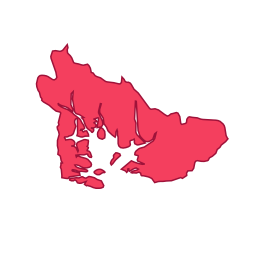 Rogaland, orthographic projection, rotated 284°
{"feature_id": "NOR-914", "entity_name": "Rogaland", "entity_type": "County", "adm_level": 1, "iso_a3": "NOR", "parent_name": "Norway", "parent_adm1": "", "projection": "orthographic", "projection_center": [5.997, 59.066], "detail": "fine", "context": "isolated", "style": "filled", "palette": "rose", "viewbox_px": 256, "rotation_deg": 284, "n_neighbors": 0, "source": "natural_earth", "source_scale": "10m", "svg_char_len": 5724}
<svg xmlns="http://www.w3.org/2000/svg" viewBox="0 0 256 256"><g transform="rotate(284 128 128)"><path d="M141.7,227.6L138.4,226.0L134.0,222.6L131.8,222.0L130.7,221.3L128.8,219.8L124.7,219.3L121.0,216.7L118.8,214.3L116.1,213.6L115.5,213.0L114.0,209.9L113.4,207.1L113.1,203.2L112.5,202.0L110.8,201.2L104.8,201.5L102.1,200.5L100.9,196.5L98.5,195.7L96.1,196.5L92.3,193.0L92.7,191.2L87.4,183.0L85.9,178.1L84.6,174.7L84.0,172.2L83.3,170.2L81.5,167.1L84.7,163.4L85.2,161.5L85.5,159.5L85.4,154.7L85.0,152.8L85.5,152.0L87.2,151.2L87.7,149.6L87.6,148.9L86.3,146.9L85.9,144.5L85.4,143.1L85.5,141.8L86.1,142.0L87.5,143.5L89.4,146.9L90.6,148.0L91.2,145.7L90.6,144.4L89.1,142.6L86.4,140.0L87.7,138.6L88.3,138.5L89.0,139.2L88.2,137.7L85.8,138.2L84.6,137.4L85.4,136.5L85.9,135.1L86.4,131.5L97.0,139.2L96.4,142.4L96.1,146.5L96.2,150.5L97.0,153.0L98.3,145.3L99.5,144.7L102.5,144.9L103.7,144.4L103.6,141.4L103.9,141.0L106.0,140.8L107.8,141.5L110.2,143.3L111.2,144.4L113.5,148.5L121.5,155.6L124.2,156.5L130.3,156.5L128.8,155.3L123.2,154.8L120.8,152.6L119.6,150.8L119.2,148.7L119.6,147.2L120.5,145.4L122.3,142.6L123.6,141.2L128.0,138.4L155.9,129.6L155.9,128.7L138.2,132.2L134.7,134.5L125.8,136.6L123.6,138.4L117.6,148.3L114.3,142.5L113.8,141.0L114.4,138.4L115.9,137.5L117.5,137.3L118.7,136.6L117.9,136.0L116.7,133.9L116.0,133.2L115.0,133.2L112.5,134.3L111.2,134.1L109.9,132.9L108.5,130.7L107.4,128.1L107.2,125.5L108.4,123.4L110.5,122.2L116.8,120.6L118.7,119.5L122.4,118.5L123.6,117.8L121.2,117.2L118.0,117.9L116.0,117.7L117.4,114.3L119.6,110.4L120.5,109.2L123.5,107.0L126.4,103.6L131.6,101.6L136.2,96.8L139.1,96.0L145.0,96.2L145.0,95.3L137.2,95.4L135.5,95.8L128.4,101.6L125.3,102.8L122.6,101.9L120.9,97.9L130.6,97.1L130.6,96.2L128.2,92.3L128.3,93.2L128.1,94.4L127.5,95.4L126.5,96.1L125.6,94.1L124.8,93.7L123.8,95.8L123.3,96.3L121.4,96.3L120.5,95.7L119.9,94.8L119.1,92.0L118.9,94.4L117.8,95.3L116.4,95.2L115.2,94.5L115.2,93.7L115.9,93.0L117.4,89.3L118.1,88.2L120.5,85.9L125.3,82.7L126.6,80.7L127.5,82.5L129.2,77.6L129.3,75.1L129.6,73.9L130.9,72.3L142.6,67.2L150.0,66.0L147.6,64.6L136.8,66.9L132.8,70.1L130.5,70.4L133.1,64.6L133.5,62.2L133.8,57.4L134.3,55.4L135.2,54.1L133.6,54.9L132.4,57.8L131.6,61.6L131.3,64.8L130.5,67.4L129.4,70.0L128.1,72.2L125.2,78.7L124.4,79.9L121.8,82.1L120.4,83.8L118.1,85.6L117.2,85.9L116.1,85.2L115.3,82.6L114.3,82.5L114.7,84.2L113.5,85.1L113.5,85.9L114.6,86.7L115.2,88.6L112.2,91.2L110.6,91.7L109.7,88.4L108.2,85.9L107.9,84.3L108.2,80.3L110.6,80.4L125.2,76.5L124.0,74.9L122.1,74.5L120.1,75.0L117.0,76.9L109.2,76.3L107.3,75.1L105.8,72.5L104.9,71.7L103.9,68.7L103.2,68.7L102.0,70.0L101.3,70.4L102.9,74.3L103.2,76.1L102.5,78.3L101.2,79.8L99.4,80.4L97.8,79.7L96.8,77.3L97.2,80.3L96.1,82.5L92.8,85.1L94.0,85.3L98.6,82.4L100.3,82.1L101.7,82.5L102.8,83.7L106.0,88.1L106.4,89.4L106.5,92.4L105.6,92.8L101.6,93.3L100.3,92.7L99.6,94.2L98.7,94.3L96.5,93.7L96.1,93.9L96.1,95.5L95.9,96.2L94.8,97.5L91.4,99.7L90.6,99.5L90.4,98.0L91.0,96.6L91.9,95.6L92.8,95.4L92.8,94.4L91.3,91.8L90.3,87.3L89.0,84.0L87.4,84.9L88.0,85.2L88.9,86.7L88.4,89.1L88.3,94.5L87.8,96.6L85.3,100.4L83.7,101.4L81.8,101.3L80.6,100.0L79.3,97.6L78.6,94.8L79.0,92.2L79.7,89.8L79.8,87.0L79.2,85.4L78.0,86.6L77.4,88.7L77.2,91.2L77.4,96.5L77.3,98.0L77.0,99.0L76.4,99.2L75.7,98.7L75.3,97.7L74.8,93.5L74.1,91.6L73.9,90.2L74.4,87.6L74.2,84.6L73.8,84.0L73.1,84.1L72.8,84.5L72.7,91.8L70.5,92.9L66.4,82.9L64.5,82.2L64.1,80.3L63.8,75.8L65.7,75.4L71.7,73.3L73.6,71.9L75.9,71.9L77.7,71.4L77.7,72.2L78.3,72.9L79.9,71.2L84.0,69.3L84.7,68.6L85.5,66.3L89.7,65.8L93.7,63.8L98.8,62.6L105.2,62.8L108.0,61.4L109.8,59.9L111.9,59.0L114.0,60.1L114.6,60.1L116.3,59.1L126.3,59.1L127.0,58.2L127.0,54.2L128.6,50.5L131.0,46.0L132.8,39.8L133.5,38.4L134.1,37.5L135.2,37.5L135.7,37.2L136.9,35.7L141.2,33.4L142.7,31.7L145.9,29.6L148.8,28.5L154.8,28.4L156.4,29.0L157.6,30.0L158.3,31.7L158.7,33.9L158.8,36.1L158.5,38.0L156.8,43.1L156.8,44.7L158.1,46.1L159.9,46.7L164.6,44.6L177.0,36.5L178.8,35.8L184.4,36.2L185.5,38.9L185.9,43.5L186.8,45.0L187.9,46.0L194.2,48.9L191.4,50.3L189.2,50.1L186.6,51.0L185.8,51.7L184.1,54.6L182.4,56.5L178.5,59.3L178.1,60.1L178.0,61.2L178.2,64.4L178.0,67.6L178.1,69.5L180.1,73.3L179.0,75.1L176.9,77.0L173.0,78.9L172.9,80.9L170.8,83.4L170.3,85.5L170.0,89.3L168.2,93.7L167.7,95.2L167.7,96.8L168.5,103.2L168.6,108.5L168.8,109.5L170.5,110.6L176.0,109.8L174.2,112.5L172.7,113.7L172.2,114.8L172.1,115.9L172.5,117.3L172.2,119.1L171.2,120.5L167.1,124.4L164.4,129.5L152.6,143.7L151.9,144.9L151.8,145.9L153.2,149.6L152.9,153.2L150.0,160.2L149.1,163.2L150.0,164.7L152.1,166.3L153.0,168.2L154.7,171.2L154.5,172.9L151.6,175.5L145.2,178.1L144.5,179.2L146.2,182.5L147.3,183.4L150.8,183.0L153.0,183.9L153.7,185.0L153.9,187.9L154.6,192.8L154.2,196.5L154.4,198.6L156.8,211.3L157.0,213.5L156.7,215.7L154.9,219.3L153.5,220.8L151.7,221.9L144.4,225.0L142.4,226.7L141.7,227.6ZM69.1,98.6L69.2,99.4L71.5,101.8L71.7,104.0L71.6,107.5L70.6,110.4L70.2,115.0L66.3,118.4L64.5,118.2L63.2,116.4L62.6,114.7L61.8,111.5L61.8,108.7L62.3,105.8L62.4,102.3L61.9,101.7L62.8,99.4L66.0,100.3L63.1,95.9L62.6,94.1L62.6,92.2L64.2,90.7L64.8,89.0L63.6,87.9L63.1,85.8L63.4,84.0L64.9,83.9L67.2,89.8L67.7,92.5L69.4,94.7L69.7,95.9L69.2,97.2L69.1,98.6ZM116.5,99.7L120.1,100.6L121.8,101.7L121.3,103.6L119.1,106.2L115.7,107.4L112.8,107.8L110.9,105.8L111.1,102.6L112.4,100.8L114.6,99.9L116.5,99.7ZM98.6,120.8L101.0,122.2L101.2,123.7L100.9,126.3L99.4,127.3L94.0,123.7L89.8,121.9L88.1,120.8L89.3,119.7L90.2,119.5L92.7,119.9L94.7,121.0L96.0,121.3L97.5,120.6L98.6,120.8ZM80.9,109.8L81.3,111.6L81.0,113.3L80.1,115.7L79.6,116.3L78.8,115.6L78.9,114.8L78.6,114.3L75.9,111.7L75.4,110.2L75.3,108.8L76.0,106.8L76.5,106.0L77.2,105.8L77.8,106.0L79.4,107.4L80.2,108.4L80.9,109.8Z" fill="#f43f5e" stroke="#9f1239" stroke-width="1.5"/></g></svg>